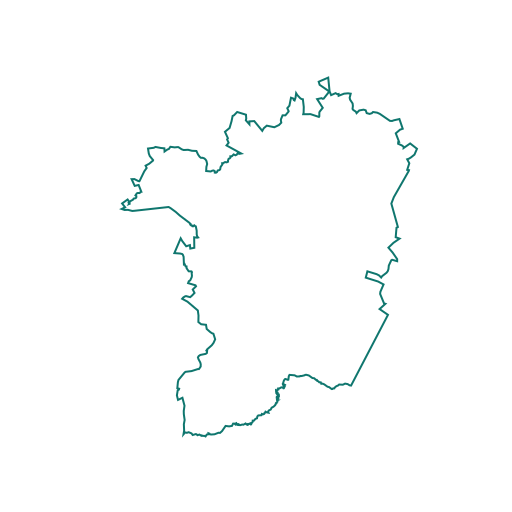 Galeras, Sucre, Colombia, rotated 107°
{"feature_id": "7082276B66426156140474", "entity_name": "Galeras", "entity_type": "district", "adm_level": 2, "iso_a3": "COL", "parent_name": "Colombia", "parent_adm1": "Sucre", "projection": "mercator", "projection_center": [-74.96, 9.119], "detail": "fine", "context": "isolated", "style": "outline", "palette": "teal", "viewbox_px": 512, "rotation_deg": 107, "n_neighbors": 0, "source": "geoboundaries", "source_scale": "gbopen_adm2", "svg_char_len": 6111}
<svg xmlns="http://www.w3.org/2000/svg" viewBox="0 0 512 512"><g transform="rotate(107 256 256)"><path d="M352.1,127.2L273.7,112.6L270.6,122.3L263.9,118.3L263.9,119.7L256.0,126.2L253.9,126.6L245.9,125.7L244.7,131.8L244.6,144.7L238.1,145.0L238.1,135.3L238.6,132.6L240.0,130.0L238.4,129.5L233.9,126.3L232.1,125.6L229.8,125.5L226.3,126.2L220.6,125.4L219.8,124.7L219.7,119.5L217.7,120.1L212.8,126.3L209.3,131.8L203.2,128.4L197.4,123.8L197.2,127.9L187.9,129.9L186.8,128.8L166.3,141.9L159.4,141.4L130.1,134.8L129.2,134.8L129.4,136.6L122.5,136.5L119.3,139.7L118.3,138.3L116.5,136.7L112.7,134.1L106.4,133.4L103.3,141.5L109.6,146.4L108.4,146.7L107.6,148.9L107.1,152.9L105.5,153.3L105.1,152.5L97.8,158.2L93.1,155.2L91.4,152.9L83.1,158.9L85.9,163.8L87.1,165.4L87.6,167.4L83.9,179.1L83.5,182.0L84.1,186.2L85.6,187.0L86.9,188.9L87.0,191.9L84.6,193.7L84.6,195.9L86.6,199.8L90.0,201.6L88.8,202.7L87.9,205.7L87.1,206.7L84.2,207.2L81.9,208.2L79.0,211.7L77.3,212.7L73.1,212.9L73.5,215.5L75.0,219.2L78.6,223.8L76.9,224.4L77.5,225.5L77.0,227.5L80.2,231.2L77.0,233.8L64.3,239.1L71.0,247.0L73.7,245.2L77.1,234.5L78.5,234.5L85.7,237.3L86.2,238.3L85.9,239.5L88.1,243.4L94.8,235.5L99.3,237.3L100.2,237.4L103.9,236.3L104.6,236.5L104.4,245.3L106.6,252.3L104.9,252.4L99.5,253.9L92.4,257.0L92.6,258.2L92.2,259.8L90.0,263.6L88.6,265.2L93.0,264.5L96.0,264.6L95.8,265.4L94.5,266.4L94.4,268.8L102.5,268.0L105.5,269.3L108.0,267.1L108.6,267.2L112.9,269.0L113.7,271.7L117.8,272.1L119.0,271.9L121.1,270.8L124.0,272.3L127.5,276.1L128.2,283.8L131.5,285.9L134.5,286.6L127.5,297.1L129.2,301.7L132.0,300.8L129.2,305.4L127.5,305.5L123.8,306.9L123.8,316.1L127.9,318.2L128.9,319.3L134.3,318.8L141.3,318.7L146.3,322.0L151.6,317.3L153.0,317.7L155.7,315.3L158.9,316.5L162.3,300.1L163.2,301.8L163.3,303.7L164.7,304.0L165.7,305.1L165.4,307.1L167.5,308.1L168.2,309.7L169.2,309.2L170.2,309.6L171.0,310.6L173.0,310.7L174.0,310.3L175.0,311.4L175.2,313.0L176.8,314.6L177.2,315.5L178.2,314.9L181.2,315.9L183.7,315.6L184.6,316.2L185.4,317.6L187.2,317.9L188.1,318.7L188.3,319.8L187.0,320.2L186.6,321.5L187.2,322.8L188.4,324.0L189.3,328.5L185.3,329.5L182.3,329.6L179.7,331.1L178.6,332.3L177.8,333.9L177.7,335.9L178.2,337.4L177.6,338.9L175.9,341.1L173.0,343.7L174.1,348.0L174.3,352.0L175.8,356.2L175.7,358.2L174.6,362.0L174.9,363.1L175.9,365.5L176.6,369.8L179.1,370.6L180.1,371.9L182.8,374.0L179.8,375.1L180.5,378.4L181.1,384.0L182.4,385.4L184.8,390.7L189.3,388.5L191.5,386.8L194.4,382.4L194.9,382.4L199.0,385.1L201.9,388.0L203.8,386.3L207.7,387.6L218.4,389.3L218.7,389.5L218.7,390.7L218.0,394.8L218.9,397.4L224.4,392.5L222.4,389.0L227.9,384.6L228.0,385.1L228.8,385.0L229.9,385.9L230.3,387.5L231.0,388.3L233.3,389.0L233.7,387.9L235.0,387.6L235.9,388.0L236.9,389.8L238.1,390.1L240.2,392.1L241.8,392.8L243.0,392.1L243.4,392.6L243.0,392.5L242.3,393.5L241.0,393.4L239.5,395.3L244.9,399.4L247.7,395.4L250.3,398.2L250.4,395.1L249.3,392.0L249.1,387.5L248.4,385.7L234.7,353.9L235.2,351.7L237.3,345.7L239.6,340.7L243.7,329.5L244.6,327.8L245.2,328.0L245.7,327.0L245.7,326.1L246.0,325.7L245.6,325.4L245.9,324.8L244.7,324.0L245.4,322.5L244.7,322.5L249.2,320.1L252.7,319.0L254.4,318.0L255.2,316.8L255.7,317.6L256.2,320.6L266.2,317.4L268.1,321.0L264.9,322.4L267.1,325.6L263.2,331.0L261.1,333.2L277.1,334.9L275.8,329.2L275.7,327.2L276.1,326.4L277.9,325.0L285.0,322.5L284.5,322.0L286.5,320.3L286.3,319.4L288.0,318.8L290.3,315.9L289.6,313.2L290.2,312.5L291.2,312.5L293.6,311.5L295.1,311.3L298.5,311.8L299.8,312.9L301.8,313.0L301.7,305.3L302.5,304.5L306.5,306.7L309.3,304.0L312.5,305.6L314.6,306.9L314.8,311.2L315.3,312.0L316.9,313.4L318.5,314.1L319.7,308.2L325.1,295.7L329.7,293.6L336.0,291.8L337.3,288.5L336.4,283.7L340.2,281.8L342.0,277.8L342.7,275.7L342.8,274.0L347.6,270.7L351.5,271.2L354.3,272.2L359.5,275.4L360.7,275.7L360.6,275.1L363.1,274.6L364.3,275.5L366.9,280.3L368.4,281.5L369.9,281.9L371.5,280.8L374.2,278.1L375.7,277.2L377.9,276.6L380.8,277.5L381.1,278.5L384.9,284.0L387.4,289.6L388.5,290.3L397.2,293.9L399.5,293.8L405.4,292.6L405.4,290.7L406.4,290.7L407.3,291.6L412.4,290.9L416.4,288.5L413.1,284.9L420.1,280.6L425.3,279.8L428.3,278.8L433.7,276.3L438.0,275.8L443.9,273.7L447.7,273.2L445.4,272.2L445.3,270.4L444.2,268.9L444.5,265.8L445.7,264.2L443.9,261.5L443.9,260.7L444.5,259.6L443.3,257.9L443.9,255.7L443.4,255.4L443.6,254.4L443.1,252.7L443.3,251.5L441.2,250.9L440.4,249.4L439.4,249.7L439.5,248.5L440.0,247.8L439.8,246.6L438.6,243.5L436.0,240.2L435.7,238.7L433.4,237.3L427.4,235.4L426.8,231.9L425.5,229.3L423.0,228.9L422.6,227.8L423.1,226.5L421.9,226.3L421.6,226.0L423.0,224.6L422.9,224.3L422.1,224.3L421.9,223.9L422.0,223.3L422.7,223.1L422.3,221.5L421.2,219.9L421.0,218.7L419.2,217.0L419.8,216.0L419.4,215.4L420.0,214.8L419.7,214.3L418.8,214.1L418.7,213.4L417.9,212.8L418.6,211.6L418.4,211.4L416.9,211.6L416.5,211.0L415.6,210.7L414.4,211.0L414.1,209.9L411.9,208.9L410.9,207.6L409.0,207.8L407.8,207.2L406.7,204.3L405.3,204.2L405.4,203.0L404.6,202.0L403.9,202.1L403.5,201.6L402.1,201.4L402.4,200.0L402.2,198.3L401.4,199.0L400.0,198.6L398.5,197.0L396.5,196.7L395.0,195.2L393.0,194.0L392.2,194.1L391.0,193.4L390.6,193.8L389.1,192.9L387.8,193.3L387.5,193.0L387.6,193.8L386.9,194.1L385.9,193.3L385.2,193.9L385.3,194.8L384.7,194.9L384.5,193.6L383.9,194.2L383.3,193.7L382.7,194.5L382.8,193.3L381.8,193.7L381.9,194.4L380.6,195.2L381.1,195.9L380.7,196.4L379.7,196.5L379.9,197.1L378.5,197.6L378.6,196.7L378.0,196.2L377.2,196.3L377.0,195.7L376.2,196.0L375.9,195.0L374.3,193.5L374.0,192.7L374.1,191.7L374.5,191.1L374.3,190.7L372.1,190.4L372.3,191.5L371.7,191.8L370.9,191.3L371.1,192.6L370.8,192.8L370.4,192.1L370.0,192.9L366.9,192.9L365.4,192.4L365.0,191.9L365.1,189.2L364.8,188.9L361.3,189.5L359.9,189.2L358.8,184.2L359.3,181.7L358.3,178.9L357.8,178.6L357.5,177.4L355.9,174.7L355.3,174.2L354.9,173.2L354.8,170.5L356.2,166.4L355.9,164.5L356.9,162.7L356.7,161.6L357.6,160.9L357.6,159.7L358.3,158.6L357.9,157.1L359.1,156.2L358.6,155.1L358.8,153.2L360.1,149.4L360.0,147.8L361.1,144.7L360.9,144.1L360.3,143.8L359.7,142.4L359.0,142.4L357.0,141.1L355.9,139.7L354.6,138.9L353.7,135.3L352.0,133.5L351.7,130.9L352.3,128.7L352.1,127.2Z" fill="none" stroke="#0f766e" stroke-width="2"/></g></svg>